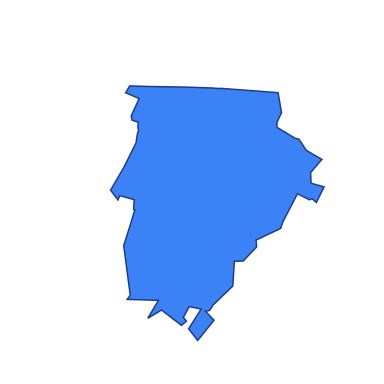 Baviácora, Sonora, Mexico (Natural Earth projection), rotated 33°
{"feature_id": "50627088B77359146514236", "entity_name": "Baviácora", "entity_type": "district", "adm_level": 2, "iso_a3": "MEX", "parent_name": "Mexico", "parent_adm1": "Sonora", "projection": "natural_earth1", "projection_center": [-110.101, 29.614], "detail": "fine", "context": "isolated", "style": "filled", "palette": "blue", "viewbox_px": 384, "rotation_deg": 33, "n_neighbors": 0, "source": "geoboundaries", "source_scale": "gbopen_adm2", "svg_char_len": 1215}
<svg xmlns="http://www.w3.org/2000/svg" viewBox="0 0 384 384"><g transform="rotate(33 192 192)"><path d="M265.2,94.8L252.9,89.4L249.3,90.8L227.9,91.5L225.3,87.1L223.9,76.8L210.3,62.0L209.4,62.2L162.6,87.8L159.2,89.7L158.6,90.3L154.4,92.7L153.1,93.3L129.5,107.5L96.9,127.9L82.0,136.9L82.3,144.9L96.8,142.4L99.6,161.4L102.7,164.4L108.9,162.7L111.5,167.5L112.8,168.4L113.6,169.7L114.8,173.7L118.3,181.3L120.4,199.6L121.5,209.1L121.9,218.5L122.7,234.8L134.2,239.0L133.4,234.4L147.7,229.9L152.6,238.5L153.8,238.1L157.4,250.6L159.0,256.1L159.0,256.3L163.9,274.1L164.0,274.1L164.1,274.3L164.7,275.0L196.4,312.2L196.1,317.4L222.9,301.1L223.7,322.0L230.7,307.6L255.8,309.6L257.6,303.3L253.0,301.8L252.1,289.6L263.4,285.2L263.7,308.6L277.6,313.4L280.0,290.4L280.3,287.5L268.0,284.7L271.3,281.8L271.2,275.4L277.2,249.6L277.4,249.0L277.4,248.6L265.3,227.1L271.6,222.6L272.6,222.0L273.1,218.9L273.6,216.2L276.1,203.0L273.1,198.9L271.8,197.4L273.1,195.5L277.7,188.0L286.2,174.3L285.0,169.7L284.5,167.9L283.1,153.3L281.4,136.0L284.5,135.7L294.8,134.5L296.4,132.2L302.0,133.1L300.0,115.8L287.1,119.8L280.9,111.1L283.0,95.2L283.3,93.9L273.1,94.5L271.9,94.5L265.2,94.8Z" fill="#3b82f6" stroke="#1e3a8a" stroke-width="1.5"/></g></svg>